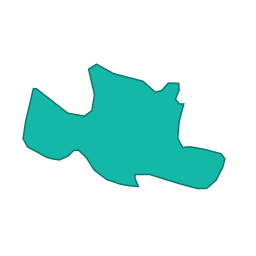 the Unitary District of East Dunbartonshire, rotated 15°
{"feature_id": "GBR-2002", "entity_name": "East Dunbartonshire", "entity_type": "Unitary District", "adm_level": 1, "iso_a3": "GBR", "parent_name": "United Kingdom", "parent_adm1": "", "projection": "natural_earth1", "projection_center": [-4.202, 55.959], "detail": "fine", "context": "isolated", "style": "filled", "palette": "teal", "viewbox_px": 256, "rotation_deg": 15, "n_neighbors": 0, "source": "natural_earth", "source_scale": "10m", "svg_char_len": 748}
<svg xmlns="http://www.w3.org/2000/svg" viewBox="0 0 256 256"><g transform="rotate(15 128 128)"><path d="M165.4,71.8L167.6,77.9L166.3,87.9L171.5,91.5L175.7,90.3L175.7,108.4L178.7,125.0L185.7,132.7L192.7,130.1L207.6,128.8L224.6,128.8L229.6,132.7L229.6,141.6L226.6,155.7L219.6,166.0L210.7,168.5L191.7,168.5L160.8,167.3L146.9,171.1L147.8,175.0L153.2,181.8L145.1,183.3L135.3,184.2L120.8,183.3L106.3,177.4L95.2,167.2L85.9,162.2L81.3,163.9L77.4,170.6L70.2,176.5L63.6,177.4L57.0,177.4L47.1,174.9L36.0,172.3L34.6,170.9L29.4,165.5L27.4,147.8L26.4,114.4L29.4,113.8L65.8,129.2L82.8,127.9L88.6,120.5L87.0,104.4L74.7,81.4L81.1,74.5L99.7,79.2L130.4,79.0L145.3,86.4L151.0,82.8L155.3,74.1L165.4,71.8Z" fill="#14b8a6" stroke="#0f766e" stroke-width="1.5"/></g></svg>